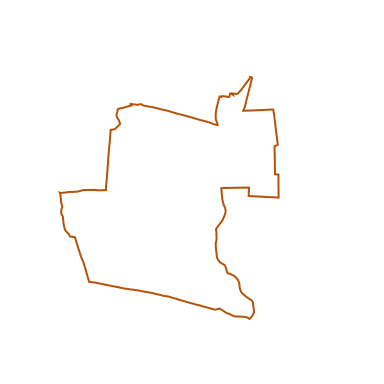 Persinari, Dâmbovita, Romania (Equal Earth projection), rotated 30°
{"feature_id": "2599482B61743752666633", "entity_name": "Persinari", "entity_type": "district", "adm_level": 2, "iso_a3": "ROU", "parent_name": "Romania", "parent_adm1": "Dâmbovita", "projection": "equal_earth", "projection_center": [25.49, 44.799], "detail": "fine", "context": "isolated", "style": "outline", "palette": "amber", "viewbox_px": 384, "rotation_deg": 30, "n_neighbors": 0, "source": "geoboundaries", "source_scale": "gbopen_adm2", "svg_char_len": 4963}
<svg xmlns="http://www.w3.org/2000/svg" viewBox="0 0 384 384"><g transform="rotate(30 192 192)"><path d="M305.3,273.2L306.1,268.9L306.1,267.0L305.6,264.6L303.7,262.1L302.2,260.1L301.2,258.9L300.0,257.2L298.6,256.2L296.8,255.9L295.2,255.9L293.9,255.9L290.2,255.5L288.3,255.0L286.7,254.8L285.0,254.1L283.9,253.5L281.6,251.6L280.5,250.1L278.7,247.6L276.3,245.5L273.6,244.3L270.1,243.5L266.6,243.9L265.1,244.1L263.8,244.4L262.8,244.1L261.9,243.4L260.3,241.8L259.1,240.6L257.8,239.5L256.4,239.0L254.2,238.9L251.5,239.0L248.2,237.6L246.7,236.4L245.6,235.3L244.7,234.0L244.0,232.9L243.3,232.0L242.2,230.6L240.7,228.6L239.6,226.8L238.2,224.7L237.8,223.2L237.2,221.5L236.5,220.0L235.3,217.9L234.4,216.7L233.8,215.4L233.1,214.4L231.4,212.3L231.5,209.2L232.0,205.8L232.5,201.3L232.3,199.5L232.1,196.8L231.5,194.0L230.7,191.6L228.4,189.0L226.4,187.7L225.1,186.6L223.9,185.3L222.2,183.5L218.1,177.9L217.0,176.3L215.5,174.1L218.9,171.8L232.5,163.6L239.1,159.7L240.3,161.7L240.9,163.0L241.1,163.7L242.4,165.7L242.9,166.7L242.9,166.8L243.0,167.0L245.1,166.1L248.5,164.4L251.8,162.7L253.2,162.0L256.3,160.4L261.2,157.9L263.2,156.9L264.8,156.1L265.2,155.8L269.5,153.7L269.8,153.5L261.9,140.2L258.1,133.6L255.8,134.9L254.9,135.1L254.0,133.5L245.1,118.5L240.6,111.2L242.7,108.3L233.2,95.7L230.1,91.5L225.6,85.5L221.1,79.9L212.1,85.7L208.3,88.2L195.8,96.0L195.3,92.7L195.2,91.6L193.1,84.8L192.3,81.8L191.0,77.3L189.6,72.2L188.8,69.4L188.0,66.8L187.2,63.9L187.0,63.0L186.5,62.8L185.9,62.9L185.0,63.3L185.3,63.6L184.8,67.6L183.9,75.9L183.5,79.1L182.9,82.1L182.5,83.8L181.1,85.2L177.5,86.5L178.8,87.4L177.3,87.4L175.9,87.9L176.5,90.2L176.7,91.1L175.2,91.8L172.6,92.8L170.2,93.8L170.1,95.0L168.2,95.5L169.3,100.0L171.5,107.5L172.8,110.9L173.5,112.6L176.4,117.4L179.2,119.5L180.6,121.3L177.6,122.3L174.2,122.8L172.1,123.1L171.1,123.3L169.1,123.9L166.4,124.6L163.7,125.4L161.8,125.9L159.1,126.5L157.2,127.0L155.6,127.3L154.3,127.6L148.9,129.1L146.2,129.8L139.0,131.8L135.7,132.6L132.6,133.3L128.6,134.3L126.2,135.1L123.8,135.9L118.6,137.3L114.9,138.4L111.7,139.7L109.3,140.5L108.0,141.0L106.8,141.4L104.2,141.4L103.8,141.5L103.4,141.7L101.9,143.1L100.5,144.2L100.2,144.3L99.4,144.4L98.5,145.0L97.6,145.3L96.9,145.6L95.6,146.1L95.2,146.3L94.7,146.4L94.7,146.5L94.9,147.1L96.2,147.4L94.8,148.8L94.6,149.0L92.5,151.2L89.5,154.2L88.3,155.2L87.0,156.5L86.5,157.0L86.7,158.3L87.2,159.7L87.6,161.5L87.8,162.3L88.4,163.5L89.2,164.3L90.4,165.2L92.6,166.3L95.8,169.0L95.5,170.1L95.1,171.4L94.4,174.0L94.0,175.3L93.7,176.1L93.3,176.6L92.8,177.0L91.8,177.8L90.5,178.9L96.3,191.0L97.4,193.5L97.5,193.8L99.2,197.4L101.4,202.1L102.6,204.6L103.8,207.1L104.7,208.8L106.1,211.7L106.8,213.4L107.4,214.5L108.0,215.7L108.1,215.8L108.7,217.2L109.2,218.2L111.0,221.9L111.4,222.7L112.3,224.6L112.5,225.1L113.2,226.7L114.0,228.4L115.1,230.8L116.5,233.4L115.2,234.2L113.8,235.1L111.5,236.5L110.4,237.2L109.8,237.5L109.2,237.7L109.0,237.8L108.8,237.9L108.3,238.1L106.2,239.2L104.7,240.0L103.5,240.6L102.4,241.3L101.5,241.9L99.8,242.9L98.4,243.7L96.9,244.7L96.1,245.5L95.5,246.2L94.1,247.5L93.1,248.4L92.4,249.0L91.8,249.6L91.2,249.9L89.1,251.3L88.2,251.9L87.4,252.3L86.7,252.6L85.8,253.3L85.0,253.8L84.5,254.2L83.9,254.7L83.4,255.2L82.7,255.7L82.0,256.3L80.8,257.0L79.1,258.2L78.7,258.5L77.9,258.7L78.5,259.1L80.7,261.9L81.2,262.7L81.6,263.2L82.0,263.6L82.4,264.1L82.6,264.6L82.9,265.2L83.3,265.7L84.0,266.6L84.9,267.5L85.5,268.0L86.2,268.7L86.7,269.1L86.9,269.6L87.1,270.1L87.4,271.2L87.6,272.3L87.8,273.0L88.0,273.5L88.2,273.9L88.7,274.7L89.2,275.4L89.6,276.0L89.9,276.4L90.3,276.6L90.8,277.0L91.2,277.2L91.6,277.4L92.1,277.6L92.4,277.9L92.7,278.2L93.0,278.6L93.1,278.8L93.4,279.3L94.0,280.1L94.7,280.9L94.9,281.2L95.1,281.5L95.3,281.8L95.4,282.1L95.6,282.4L96.0,282.9L98.4,285.7L100.6,287.9L101.8,288.7L104.6,289.6L107.0,290.3L107.5,290.9L108.6,291.5L113.2,289.7L114.2,290.6L117.7,293.8L119.6,295.7L123.3,299.0L124.9,300.5L128.2,303.5L131.3,305.8L133.7,307.7L134.8,308.7L137.2,311.0L139.5,313.2L142.9,316.5L146.8,320.3L147.7,321.2L154.0,318.7L159.0,317.0L159.4,316.9L163.4,315.6L167.6,314.1L172.2,312.6L174.8,311.6L177.1,310.9L179.8,310.0L181.1,309.6L181.7,309.4L184.6,308.2L186.8,307.4L190.0,306.0L191.8,305.3L194.8,304.1L198.5,302.8L201.1,302.0L201.9,301.6L202.1,301.5L203.9,300.9L205.5,300.3L208.0,299.4L210.1,298.8L212.6,298.1L213.7,297.8L214.8,297.4L216.3,296.9L217.8,296.6L219.1,296.2L221.6,295.2L223.1,294.6L225.2,293.9L226.0,293.8L228.0,293.4L233.2,292.0L233.5,291.9L234.0,292.0L234.5,291.9L235.2,291.7L236.4,291.4L237.5,291.1L238.9,290.7L240.0,290.4L241.6,290.1L242.8,289.8L244.0,289.5L244.7,289.3L245.5,289.1L247.3,288.6L250.0,287.9L251.3,287.6L253.0,287.1L255.2,286.4L256.6,286.1L259.8,285.3L262.0,284.7L264.7,284.0L267.7,283.2L269.3,282.8L270.7,282.4L271.4,282.0L272.3,281.0L273.4,279.8L273.9,279.2L278.5,279.2L280.8,279.5L282.0,279.5L283.4,279.4L285.3,278.8L290.3,278.7L292.9,277.6L295.1,276.2L298.7,274.5L299.7,274.0L302.8,273.0L305.3,273.2Z" fill="none" stroke="#b45309" stroke-width="2"/></g></svg>